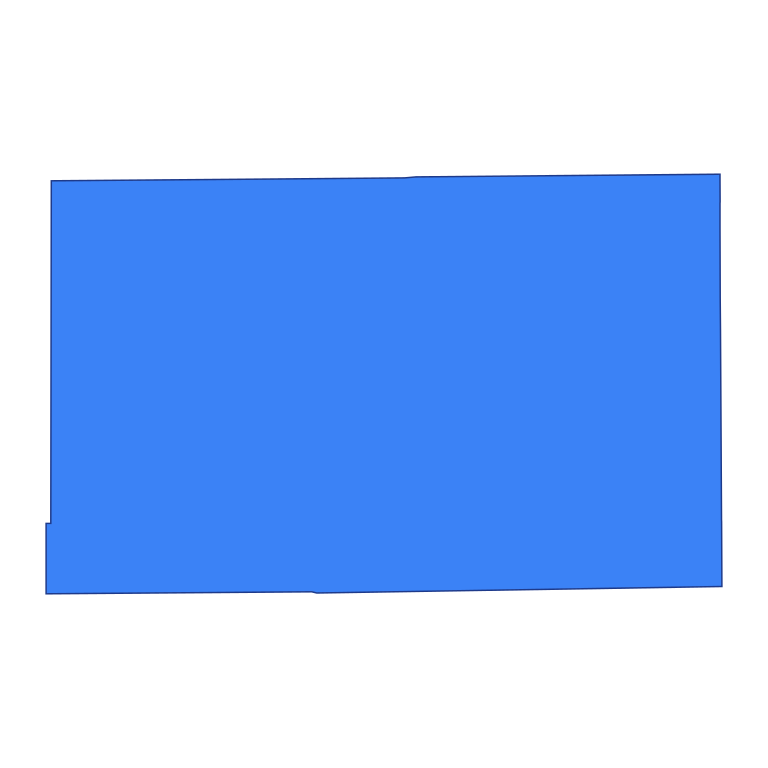 Kit Carson, Colorado, United States of America
{"feature_id": "52423323B73270525883232", "entity_name": "Kit Carson", "entity_type": "district", "adm_level": 2, "iso_a3": "USA", "parent_name": "United States of America", "parent_adm1": "Colorado", "projection": "mercator", "projection_center": [-102.364, 39.306], "detail": "fine", "context": "isolated", "style": "filled", "palette": "blue", "viewbox_px": 768, "rotation_deg": 0, "n_neighbors": 0, "source": "geoboundaries", "source_scale": "gbopen_adm2", "svg_char_len": 416}
<svg xmlns="http://www.w3.org/2000/svg" viewBox="0 0 768 768"><path d="M721.9,586.5L721.6,522.0L721.5,519.3L721.5,516.3L720.8,386.5L720.5,331.3L720.3,307.9L720.2,296.4L720.2,292.4L720.0,227.4L720.0,203.5L720.1,201.7L720.0,178.8L720.0,174.2L416.0,176.9L404.6,177.9L264.1,179.1L51.3,180.8L50.8,523.4L46.1,523.4L46.1,593.8L311.8,591.8L316.8,593.0L721.9,586.5Z" fill="#3b82f6" stroke="#1e3a8a" stroke-width="1.5"/></svg>